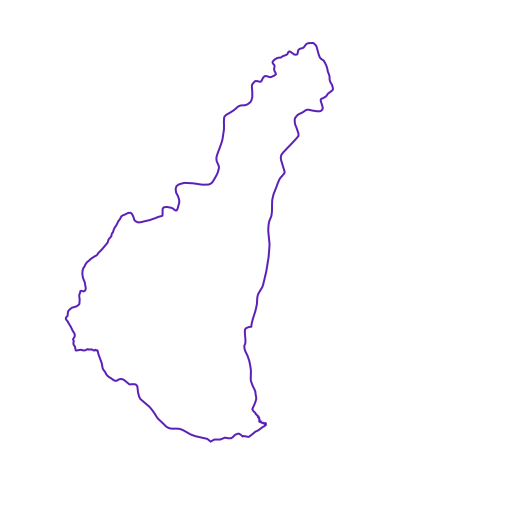 the district of Non Din Daeng, Buri Ram, Thailand, rotated 134°
{"feature_id": "78962969B2279704281351", "entity_name": "Non Din Daeng", "entity_type": "district", "adm_level": 2, "iso_a3": "THA", "parent_name": "Thailand", "parent_adm1": "Buri Ram", "projection": "mercator", "projection_center": [102.673, 14.254], "detail": "fine", "context": "isolated", "style": "outline", "palette": "violet", "viewbox_px": 512, "rotation_deg": 134, "n_neighbors": 0, "source": "geoboundaries", "source_scale": "gbopen_adm2", "svg_char_len": 6097}
<svg xmlns="http://www.w3.org/2000/svg" viewBox="0 0 512 512"><g transform="rotate(134 256 256)"><path d="M370.8,131.6L370.9,132.3L369.8,132.4L369.7,132.7L370.3,132.8L369.9,133.3L369.9,133.5L370.3,133.6L370.8,133.5L371.1,134.4L371.0,134.9L371.5,135.1L371.9,135.9L371.9,136.5L372.3,137.1L371.9,137.3L372.2,137.5L372.1,137.8L372.6,138.0L372.7,138.3L372.0,138.6L371.9,138.9L372.3,138.7L372.4,139.1L371.6,139.7L371.1,139.9L371.0,140.8L370.3,141.2L370.5,142.6L370.2,142.7L369.9,142.4L369.8,142.6L369.7,143.1L369.9,144.1L369.8,144.4L369.9,144.8L369.7,145.6L369.9,146.3L369.4,147.3L369.4,149.5L369.0,151.6L368.7,152.3L363.7,154.1L361.5,155.0L358.7,156.5L357.6,157.6L355.7,160.3L354.0,162.3L352.9,164.7L351.9,167.7L350.9,169.9L349.5,172.7L348.3,174.2L341.9,180.1L339.6,183.0L337.0,186.7L336.1,188.0L333.7,192.7L331.9,197.6L330.6,199.9L329.2,201.6L328.3,202.2L326.7,202.8L325.6,203.5L323.7,205.3L319.4,210.2L317.3,212.3L316.3,212.9L315.5,213.0L314.5,212.9L312.1,211.8L310.1,210.3L307.7,212.1L304.3,214.1L295.7,218.4L291.6,220.9L289.9,222.0L285.0,226.2L283.1,227.4L281.8,228.0L280.4,228.4L273.9,229.9L271.4,231.1L259.8,238.0L248.0,246.2L240.1,252.7L237.9,254.7L229.3,264.8L226.2,267.5L224.6,268.8L222.0,270.5L216.9,272.6L215.3,273.6L212.5,275.8L207.3,280.7L204.5,283.2L199.9,286.0L198.2,286.8L192.1,289.3L188.6,290.9L184.9,292.3L182.4,292.8L180.3,292.8L176.8,293.1L176.1,293.4L175.4,294.1L169.8,304.2L168.6,305.9L167.9,306.6L165.9,307.9L164.4,308.2L162.6,308.4L145.6,308.5L140.4,308.8L139.8,309.2L139.3,309.6L138.2,310.9L135.3,316.6L134.4,318.8L133.8,319.8L132.5,321.4L131.2,322.7L130.2,323.5L129.5,323.7L127.4,324.0L125.6,324.0L124.4,323.8L120.6,322.3L116.7,321.5L115.2,320.8L114.1,319.6L112.1,316.3L109.9,313.2L108.1,311.1L107.3,310.5L106.1,310.0L104.4,310.1L103.9,310.3L103.0,311.0L102.1,312.3L99.4,317.3L98.2,318.2L97.2,318.1L96.2,317.5L93.0,316.6L91.3,316.6L89.5,317.0L88.8,317.0L84.5,316.2L82.9,316.3L81.9,317.2L80.3,319.8L79.9,320.9L79.3,323.2L78.4,324.9L77.6,326.0L75.7,327.9L74.7,329.7L73.4,332.5L71.6,335.0L70.1,337.9L69.1,340.7L68.4,343.1L69.0,346.1L68.8,348.1L67.6,350.7L63.2,358.1L62.9,359.2L62.9,362.0L62.9,362.4L63.2,363.0L66.3,366.0L67.6,366.7L68.5,367.0L69.5,367.0L72.1,366.6L73.1,366.6L74.0,366.9L76.5,368.4L78.2,368.6L79.2,368.3L81.5,366.7L82.2,366.5L82.6,366.6L83.3,367.0L84.4,368.2L84.6,369.2L85.1,372.6L85.3,373.4L85.8,374.2L86.6,374.4L89.2,373.7L90.0,373.8L93.9,375.6L96.0,376.0L97.8,377.6L98.8,378.2L100.6,378.8L101.8,379.1L104.2,379.1L104.8,378.9L105.4,378.3L105.8,377.6L105.9,375.7L106.2,374.9L106.7,374.4L109.1,372.7L109.9,371.5L111.0,368.5L111.4,368.0L112.0,367.9L113.6,368.2L116.7,369.4L117.4,369.9L117.9,370.5L118.8,372.5L119.5,373.6L120.1,374.3L120.7,374.7L121.8,374.8L123.4,374.6L126.0,373.7L127.3,373.7L128.1,374.4L129.1,376.2L130.1,377.5L130.7,378.0L131.4,378.1L134.2,378.1L135.7,377.7L136.3,377.3L137.9,375.7L140.8,372.4L144.3,369.0L146.7,367.7L147.9,367.2L149.4,367.0L152.0,367.3L153.4,367.7L155.1,368.6L158.5,371.7L160.9,372.7L164.7,373.0L167.4,373.4L171.2,374.3L175.1,375.5L177.5,375.5L178.8,374.9L182.0,372.1L184.3,369.7L187.3,366.9L195.3,361.2L198.0,359.7L202.8,357.5L209.5,354.6L211.8,353.4L213.0,352.6L214.3,351.2L215.1,350.1L217.1,345.3L217.9,344.3L218.9,343.5L222.3,341.6L224.4,340.8L227.2,340.0L231.8,338.9L233.0,338.7L234.8,338.7L236.7,339.3L237.7,339.9L240.7,342.8L242.1,344.3L247.3,351.6L253.1,358.3L256.9,360.6L258.7,361.4L260.8,361.7L262.1,361.2L263.4,360.5L264.2,359.7L266.0,357.3L266.8,354.7L267.8,352.3L269.4,349.8L270.9,348.3L275.8,345.6L277.3,345.0L278.2,344.8L278.9,345.1L279.4,346.3L279.5,348.5L280.1,350.3L282.6,354.2L285.0,356.1L285.7,356.2L287.1,355.8L291.3,351.8L292.0,351.4L292.7,351.6L295.8,353.5L298.6,354.7L304.2,357.5L308.1,360.1L310.9,361.8L312.9,363.3L313.8,364.3L314.2,365.3L314.6,366.7L314.7,367.8L314.6,368.4L312.7,372.1L312.1,373.9L311.9,374.6L312.0,375.9L312.3,376.5L312.8,377.0L313.8,377.8L314.9,378.3L316.8,378.9L319.5,380.1L321.0,380.4L324.0,379.5L326.6,379.2L330.8,377.8L332.5,377.6L334.3,377.2L336.4,376.4L338.0,375.5L338.7,375.3L339.7,375.3L341.0,374.7L342.3,373.8L346.3,373.6L349.1,372.2L350.6,371.9L358.8,371.4L363.2,371.5L365.4,371.1L366.6,371.2L369.0,372.0L370.1,372.2L371.6,372.6L373.8,372.9L375.8,372.9L377.4,373.3L380.8,372.8L382.9,372.0L384.4,371.9L385.6,371.2L386.7,370.8L389.1,368.9L391.6,365.8L393.1,362.8L393.9,360.9L397.5,356.0L399.0,355.1L399.5,355.0L400.6,355.1L401.2,355.4L402.6,357.7L403.1,357.9L403.5,357.8L405.2,356.7L406.5,356.3L407.1,355.8L408.0,354.9L409.8,352.6L413.0,349.9L413.6,349.7L415.0,349.7L416.6,350.1L417.9,350.6L420.7,352.3L421.5,352.6L424.2,352.9L426.3,352.7L427.0,352.3L429.8,350.1L430.4,349.9L432.2,349.9L432.9,349.5L433.4,349.0L433.6,348.5L433.9,345.8L434.2,345.3L435.6,340.0L437.2,335.7L437.9,332.7L438.7,331.5L439.2,331.0L439.9,330.5L442.9,329.8L443.3,329.2L443.7,328.1L444.1,327.7L445.3,327.1L446.5,325.6L446.9,323.5L447.2,322.8L447.9,322.0L449.1,320.1L448.9,319.7L448.6,319.4L446.3,317.8L444.8,316.5L444.2,315.0L443.0,313.7L442.1,313.2L440.0,312.4L439.8,311.6L439.3,311.4L439.0,311.1L438.6,310.3L437.6,309.6L437.0,308.7L436.9,307.7L436.5,306.9L436.0,306.5L435.3,306.5L435.0,306.3L434.9,305.9L434.9,305.3L434.2,304.8L434.1,304.3L436.1,301.1L440.4,292.3L443.3,288.3L443.8,286.9L444.3,283.7L445.1,281.6L445.3,279.9L445.3,278.3L444.6,275.2L444.3,272.6L443.8,271.0L443.1,270.0L442.2,269.5L440.3,269.0L439.2,268.4L438.6,268.0L437.3,266.3L437.0,265.4L436.8,264.2L436.3,258.1L436.0,257.5L434.6,256.4L432.8,254.5L432.0,253.3L432.0,252.5L432.0,251.6L432.1,251.1L432.6,250.3L436.0,246.2L438.3,242.5L439.2,239.9L438.5,227.8L439.0,223.3L439.9,218.8L440.8,215.5L441.1,213.6L441.0,205.9L441.1,202.0L440.4,199.4L439.5,197.7L438.3,196.2L435.9,193.8L433.8,191.4L432.8,189.6L431.9,187.3L429.8,179.1L427.7,174.4L421.4,164.0L421.0,159.7L418.3,158.9L416.8,158.3L412.8,154.2L408.3,152.2L406.1,149.0L404.3,147.3L402.5,146.9L399.0,146.8L396.1,145.4L395.6,144.7L395.4,143.5L395.2,143.2L395.1,141.1L394.9,140.6L395.0,140.2L394.2,139.9L393.8,139.5L392.5,137.4L391.1,135.5L386.5,134.8L383.5,134.5L382.5,134.3L380.0,133.3L373.9,132.3L372.8,131.8L370.8,131.6Z" fill="none" stroke="#5b21b6" stroke-width="2"/></g></svg>